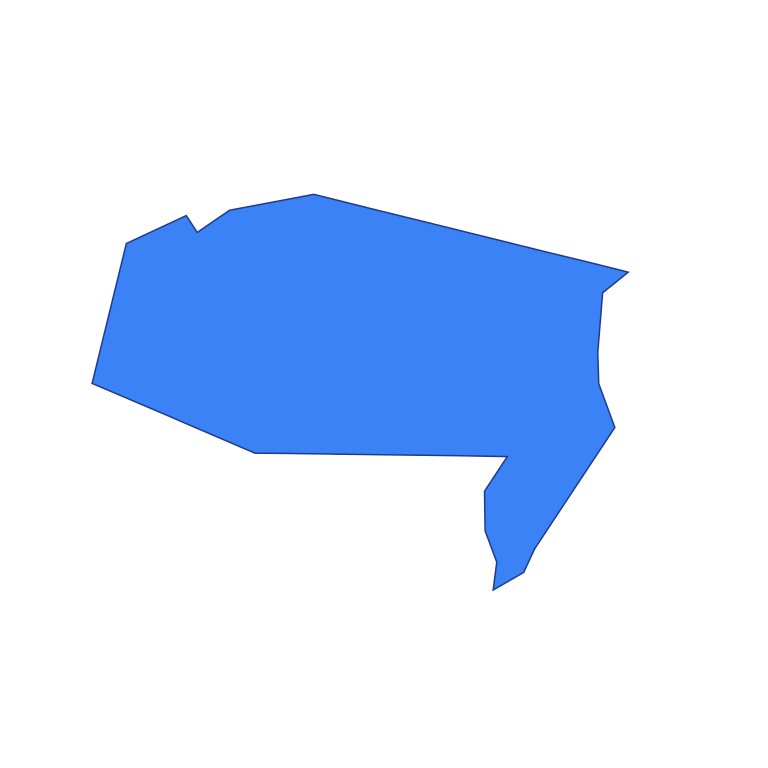 the district of Rockdale, Georgia, United States of America, rotated 247°
{"feature_id": "52423323B37962982685185", "entity_name": "Rockdale", "entity_type": "district", "adm_level": 2, "iso_a3": "USA", "parent_name": "United States of America", "parent_adm1": "Georgia", "projection": "albers", "projection_center": [-84.038, 33.656], "detail": "fine", "context": "isolated", "style": "filled", "palette": "blue", "viewbox_px": 768, "rotation_deg": 247, "n_neighbors": 0, "source": "geoboundaries", "source_scale": "gbopen_adm2", "svg_char_len": 579}
<svg xmlns="http://www.w3.org/2000/svg" viewBox="0 0 768 768"><g transform="rotate(247 384 384)"><path d="M498.6,115.5L435.6,176.2L427.2,184.1L370.7,238.2L359.6,263.9L340.2,308.0L340.0,308.3L288.7,425.0L269.0,469.1L246.0,434.6L209.3,419.7L176.0,418.2L151.7,404.0L156.0,439.0L173.3,458.1L253.8,579.5L300.4,581.8L329.5,593.1L382.5,620.9L391.5,652.5L412.8,624.4L442.9,583.9L450.0,574.5L487.5,524.6L511.1,493.2L551.0,439.9L585.4,394.3L586.0,393.5L604.3,309.7L596.5,271.3L616.3,267.8L614.0,201.7L612.6,200.7L498.6,115.5Z" fill="#3b82f6" stroke="#1e3a8a" stroke-width="1.5"/></g></svg>